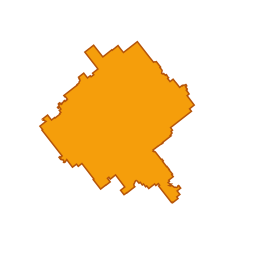 the district of Donnybrook-Balingup, Western Australia, Australia, rotated 322°
{"feature_id": "25037944B94844051789605", "entity_name": "Donnybrook-Balingup", "entity_type": "district", "adm_level": 2, "iso_a3": "AUS", "parent_name": "Australia", "parent_adm1": "Western Australia", "projection": "robinson", "projection_center": [115.939, -33.702], "detail": "fine", "context": "isolated", "style": "filled", "palette": "amber", "viewbox_px": 256, "rotation_deg": 322, "n_neighbors": 0, "source": "geoboundaries", "source_scale": "gbopen_adm2", "svg_char_len": 4672}
<svg xmlns="http://www.w3.org/2000/svg" viewBox="0 0 256 256"><g transform="rotate(322 128 128)"><path d="M188.5,65.7L170.9,65.7L170.8,60.9L170.9,56.9L164.1,57.0L163.4,57.0L163.4,56.4L161.7,56.4L152.2,56.5L152.2,56.3L151.9,56.3L151.9,41.6L140.7,41.6L140.7,58.1L140.7,60.9L140.6,63.0L134.6,63.0L133.8,63.0L133.8,64.7L133.8,65.0L130.4,64.9L130.4,63.6L126.9,63.6L126.9,57.5L120.3,57.5L120.3,59.0L119.7,59.0L119.7,61.4L119.7,61.5L119.7,61.4L119.4,61.3L119.2,61.2L118.9,61.3L118.7,61.3L118.4,61.3L118.2,61.4L117.0,62.4L115.7,62.4L114.5,62.4L114.5,62.9L99.9,62.9L97.4,62.9L97.5,64.7L98.0,64.7L98.0,66.2L98.0,68.0L96.8,68.0L96.8,68.3L94.9,68.3L94.9,67.3L93.9,67.3L93.9,67.7L91.0,67.7L91.0,68.3L89.8,68.3L89.8,66.1L88.3,66.0L88.3,67.0L87.6,67.0L87.7,67.3L87.3,68.2L87.2,68.3L85.2,68.3L85.2,69.6L86.8,69.6L86.8,71.8L84.7,71.8L84.7,74.4L83.1,74.4L83.0,75.1L82.9,75.1L81.7,75.2L80.5,75.2L76.6,75.2L76.6,74.6L76.2,74.6L75.7,74.6L74.2,74.6L72.6,74.6L72.6,73.6L72.6,69.9L72.6,68.3L68.2,68.3L66.4,68.3L66.5,68.4L66.5,68.5L66.7,69.0L66.7,69.5L66.7,69.8L66.2,69.8L66.3,69.9L66.4,70.0L66.5,70.2L66.6,70.3L66.7,70.5L67.5,72.3L67.3,72.3L67.2,72.3L65.0,72.3L59.7,72.3L59.7,76.7L58.9,76.7L58.9,102.1L58.9,109.4L57.8,109.4L57.8,109.6L56.7,109.6L56.7,108.6L55.6,108.6L55.6,111.2L56.1,111.2L56.2,111.9L56.3,112.4L56.6,112.7L57.2,112.9L57.2,113.0L57.2,113.7L57.1,114.9L57.1,115.2L56.1,115.2L56.1,115.3L56.1,115.5L56.3,115.7L56.4,115.8L56.5,115.9L56.6,116.0L56.8,116.1L57.1,116.2L57.4,116.1L57.6,116.1L57.9,116.1L58.0,116.1L58.3,116.0L58.5,115.9L58.8,115.7L59.0,115.6L59.3,115.5L59.6,115.4L59.8,115.4L60.0,115.3L60.3,115.2L60.2,117.6L60.1,124.7L65.2,124.8L65.2,127.6L65.5,127.6L69.8,127.6L69.7,143.4L69.7,147.2L68.8,147.2L68.8,159.3L75.4,159.3L75.4,159.5L80.8,159.5L80.8,155.0L82.6,155.0L82.6,157.4L84.2,157.4L85.0,157.4L89.3,157.3L89.2,166.2L89.2,166.3L89.1,172.5L83.8,172.5L83.8,178.1L84.7,178.2L87.1,178.2L87.1,178.4L87.1,178.5L89.3,178.5L91.0,178.5L96.4,178.5L96.9,178.5L97.1,178.5L97.0,178.3L96.9,178.2L97.0,178.0L97.0,177.9L97.1,177.7L97.2,177.4L97.3,177.2L97.4,176.9L97.6,176.6L97.8,176.3L97.9,176.1L98.0,176.0L98.0,175.9L98.4,175.7L98.7,175.6L99.0,175.5L99.2,175.4L99.6,175.2L99.8,175.1L100.0,174.9L100.3,174.7L100.9,174.5L101.1,174.5L101.2,174.4L101.6,174.3L101.9,174.3L102.1,174.4L102.2,174.5L102.3,174.6L102.4,174.8L102.5,175.0L102.7,178.3L104.2,178.3L104.2,181.7L105.7,181.7L105.7,184.5L105.7,185.2L107.1,185.2L107.1,187.9L107.1,188.5L114.5,188.5L114.5,190.5L117.7,190.5L117.7,192.5L116.4,192.5L116.4,196.6L116.4,213.5L117.1,213.5L117.1,214.4L121.4,214.4L124.0,214.4L124.0,212.3L128.0,212.3L128.0,207.8L132.5,207.8L132.5,205.1L132.6,204.8L132.5,204.6L132.4,204.4L132.2,204.4L131.8,204.3L131.7,204.4L131.6,204.5L131.4,204.6L131.1,204.7L131.0,204.8L130.9,204.8L130.6,204.9L130.4,204.9L130.2,204.9L129.9,204.8L129.6,204.7L129.4,204.6L129.3,204.4L129.2,204.2L129.0,203.9L128.6,203.7L128.4,203.6L128.2,203.5L128.1,203.4L128.0,203.2L127.9,203.0L127.9,202.9L127.9,202.7L127.9,202.4L127.7,202.0L127.6,201.7L127.5,201.3L127.4,200.9L127.3,200.7L127.2,200.6L126.8,200.3L126.5,200.0L126.4,199.9L126.2,199.8L125.9,199.8L125.8,199.7L125.7,199.7L125.6,199.4L125.4,199.2L125.2,199.0L125.1,198.8L125.3,198.9L127.6,198.9L127.3,198.6L126.5,197.7L126.3,196.6L126.0,196.0L126.0,195.6L127.9,195.5L127.9,194.2L133.7,194.2L133.7,191.7L134.7,191.7L134.6,186.1L135.0,186.1L135.0,182.3L134.6,182.3L134.7,175.6L135.6,175.6L135.6,173.5L134.8,173.5L134.8,172.0L134.8,171.1L134.8,163.7L134.7,163.6L134.6,163.3L134.4,163.2L134.2,162.9L133.9,162.7L133.5,161.9L134.2,161.9L134.2,160.7L137.1,160.7L137.1,160.8L140.1,160.7L140.1,160.9L141.6,160.9L144.8,161.1L144.8,161.3L146.4,161.3L146.3,160.7L147.6,160.7L149.9,160.7L152.9,160.7L157.0,160.7L156.6,159.9L159.6,159.1L159.7,158.8L159.7,158.6L159.8,158.4L159.8,158.2L159.7,158.2L159.8,158.1L159.9,157.8L159.9,157.7L160.0,157.4L160.0,157.1L161.4,157.1L161.7,157.1L161.8,153.9L183.5,153.9L188.3,153.9L188.3,150.8L194.3,150.7L194.4,143.4L194.5,138.9L197.1,138.8L197.2,136.7L197.2,134.3L198.1,134.3L198.1,133.4L198.7,133.4L198.7,131.0L200.2,131.0L200.2,129.8L200.4,129.8L200.4,129.4L199.1,129.2L198.7,128.7L197.8,128.3L196.9,128.3L196.9,127.8L193.7,127.8L193.7,125.4L193.7,122.2L193.6,120.6L193.6,117.3L189.7,117.3L189.7,116.2L189.7,115.3L189.7,114.2L189.7,113.7L189.7,113.4L190.0,113.4L190.7,113.4L190.9,113.4L190.8,112.9L190.9,111.6L190.9,110.5L191.1,110.4L191.1,109.6L190.6,109.6L189.9,109.5L189.9,109.0L190.1,108.9L189.7,108.2L189.7,107.1L188.9,107.1L188.6,106.7L188.3,106.0L188.1,105.7L190.4,103.5L190.4,100.0L191.2,100.0L191.2,94.8L191.2,93.1L190.3,92.8L189.5,92.1L189.0,91.8L188.6,91.8L188.5,85.4L188.5,65.7Z" fill="#f59e0b" stroke="#b45309" stroke-width="1.5"/></g></svg>